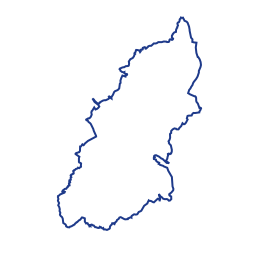 outline of Ponoarele, Mehedinti, Romania, rotated 255°
{"feature_id": "2599482B4179023140434", "entity_name": "Ponoarele", "entity_type": "district", "adm_level": 2, "iso_a3": "ROU", "parent_name": "Romania", "parent_adm1": "Mehedinti", "projection": "orthographic", "projection_center": [22.761, 44.974], "detail": "fine", "context": "isolated", "style": "outline", "palette": "blue", "viewbox_px": 256, "rotation_deg": 255, "n_neighbors": 0, "source": "geoboundaries", "source_scale": "gbopen_adm2", "svg_char_len": 5751}
<svg xmlns="http://www.w3.org/2000/svg" viewBox="0 0 256 256"><g transform="rotate(255 128 128)"><path d="M219.5,206.0L218.2,205.6L217.0,204.5L217.0,203.7L216.4,202.9L215.9,202.7L214.0,202.8L213.2,201.9L212.1,201.5L211.9,201.0L210.3,199.8L208.4,199.2L208.4,197.6L208.2,197.2L207.2,195.6L206.7,195.4L206.0,194.4L204.0,193.8L202.7,194.7L202.0,194.3L201.7,193.3L202.7,191.9L202.8,191.5L202.4,190.9L200.8,190.1L200.6,189.4L200.9,187.9L201.5,187.4L202.3,184.9L202.2,182.8L203.1,179.5L202.5,177.8L202.5,176.6L203.0,174.8L201.4,171.8L201.8,170.2L201.7,168.8L201.1,168.2L201.0,167.6L200.6,167.2L200.0,165.9L200.1,165.5L201.5,165.4L201.8,164.9L201.6,163.1L200.5,162.8L200.0,162.3L200.4,161.3L200.3,160.6L200.1,160.1L199.8,160.0L199.5,160.0L199.5,160.4L199.0,160.3L198.2,159.3L199.8,159.0L200.7,157.7L201.3,156.1L201.1,155.8L199.6,155.1L198.6,153.6L198.3,153.5L197.6,154.0L197.0,153.1L195.7,152.3L194.4,150.7L193.8,148.0L192.0,146.0L190.1,145.8L188.1,144.9L187.9,144.4L188.0,143.1L188.3,142.1L187.7,139.8L187.9,139.3L187.9,138.0L187.5,135.5L187.1,135.1L186.5,135.5L185.3,135.5L183.6,136.8L183.1,137.9L182.8,138.2L182.9,138.8L182.3,138.5L181.8,138.8L180.5,140.4L180.4,140.9L180.0,141.0L179.4,140.5L179.2,139.7L179.3,139.1L178.4,138.8L180.1,136.2L178.1,134.5L175.8,133.0L173.5,132.5L172.9,131.6L168.6,129.8L167.8,128.8L167.3,127.7L166.9,124.9L166.3,123.9L164.0,122.1L162.0,119.9L160.7,119.7L161.6,118.9L162.7,118.8L163.4,118.0L163.1,117.5L162.1,117.8L161.6,117.5L161.1,116.5L160.6,113.6L160.9,112.6L161.0,111.1L160.5,109.0L160.1,108.1L160.1,107.4L159.7,106.9L159.4,106.9L159.1,106.3L159.3,105.5L160.3,104.4L162.9,102.8L164.3,102.4L165.7,101.3L161.7,102.5L157.9,105.4L156.1,105.8L155.1,104.4L154.5,103.0L154.3,101.4L156.6,100.7L154.0,98.0L153.7,97.3L152.5,96.6L150.3,96.4L148.4,94.9L147.4,93.3L147.6,92.1L147.0,89.8L146.8,89.7L146.1,90.0L145.8,91.0L144.1,91.4L142.4,92.7L141.5,93.1L136.0,94.2L134.2,94.2L128.8,95.1L128.0,95.0L125.9,86.0L124.2,82.4L123.0,80.9L122.9,80.5L124.0,79.7L122.7,78.2L122.2,77.4L122.4,76.9L118.3,75.7L117.3,74.6L117.4,73.8L117.1,72.7L117.3,71.7L116.8,70.7L116.4,70.6L112.8,73.6L111.6,72.8L107.9,71.8L107.3,72.0L106.4,73.2L105.9,73.5L104.0,72.8L102.8,72.6L102.5,72.2L102.2,70.8L101.9,70.5L102.5,69.5L102.2,69.4L102.0,68.4L101.9,66.9L101.3,66.1L101.3,65.2L100.3,64.4L100.7,64.1L100.6,63.9L98.5,63.9L98.1,63.7L97.9,63.2L98.0,62.5L97.5,61.3L97.6,61.1L97.2,60.5L96.8,60.8L96.2,60.3L95.3,60.2L95.1,60.4L94.6,59.6L92.9,59.4L92.7,57.9L91.9,57.5L91.4,58.1L90.5,58.1L90.0,57.3L90.0,56.7L89.1,56.4L88.2,56.8L87.7,56.7L87.7,56.4L87.9,56.1L86.8,54.8L87.1,54.6L85.3,52.7L85.5,52.1L85.5,51.2L84.5,48.8L83.6,48.1L82.5,49.8L82.8,50.4L82.7,50.5L82.0,49.9L81.4,45.2L80.7,44.1L80.4,42.9L80.1,42.9L79.5,42.4L77.4,42.4L76.3,41.6L75.7,41.5L73.3,42.0L71.4,40.6L69.6,41.1L67.3,41.1L65.5,40.4L63.7,40.7L61.8,39.8L60.5,40.2L59.0,41.2L57.4,41.5L53.0,40.9L51.1,42.6L49.9,43.0L49.0,42.8L47.8,44.0L47.2,45.7L47.7,46.4L47.7,48.1L48.3,49.8L48.2,50.2L48.5,50.5L48.6,51.4L49.4,52.2L49.9,53.5L50.3,53.9L50.2,54.5L51.5,56.7L51.8,58.1L53.4,60.2L53.2,60.4L53.3,61.0L51.9,62.9L48.7,62.1L46.7,62.8L46.9,63.3L46.5,64.3L45.1,64.6L44.3,65.2L43.0,65.3L43.2,66.1L42.9,66.4L43.3,66.5L44.2,66.1L44.2,66.4L43.9,66.9L44.1,67.8L44.0,68.1L43.1,68.7L42.8,69.6L40.7,70.6L40.6,71.2L39.5,72.7L39.1,73.5L39.0,74.7L39.6,74.8L39.9,75.2L39.3,75.6L39.3,76.1L37.6,77.3L37.4,77.8L37.6,78.2L36.4,78.3L36.2,78.5L36.0,79.7L35.0,81.3L35.3,83.3L35.7,84.4L37.4,85.1L38.3,86.0L39.0,87.4L40.1,88.1L39.9,88.8L39.4,89.3L39.8,89.3L39.8,89.7L39.0,90.3L40.1,91.2L40.8,92.7L42.0,93.6L42.6,95.4L43.7,96.5L43.8,97.7L43.6,98.1L41.1,100.7L40.5,101.6L40.1,103.8L40.3,104.0L40.1,104.4L40.8,105.0L40.7,105.5L41.0,106.7L41.0,107.5L40.5,108.1L41.4,108.3L42.1,108.8L43.0,111.2L43.0,111.7L42.3,113.2L42.3,114.7L44.1,116.6L44.4,118.8L44.7,119.5L48.7,123.5L50.1,127.2L50.7,127.5L52.7,129.3L52.1,129.7L51.9,130.6L51.4,131.5L49.9,133.0L49.5,133.8L52.0,138.4L51.7,139.2L50.7,139.8L49.9,139.7L49.8,139.9L50.9,140.6L53.0,140.8L54.7,140.5L56.2,140.8L53.7,141.6L52.0,143.0L50.9,143.4L50.3,144.1L49.7,145.2L49.3,147.1L48.8,147.8L47.2,148.7L47.1,149.7L48.1,151.4L50.7,152.0L51.8,150.8L52.7,150.5L53.0,151.0L53.6,151.0L54.4,153.1L56.1,155.5L57.4,156.1L60.0,155.9L69.3,157.7L76.4,155.8L79.4,155.6L81.5,152.8L82.4,152.1L84.1,149.4L84.7,149.2L85.4,148.3L86.4,149.1L87.6,147.6L89.0,146.7L90.2,146.8L91.3,145.0L92.5,145.2L93.0,145.5L92.9,146.3L93.5,146.3L93.7,145.8L94.3,146.1L94.5,146.6L94.3,146.8L94.5,147.2L94.5,148.0L92.3,150.6L89.9,152.3L89.2,153.4L84.3,156.3L83.5,158.4L83.1,158.8L85.9,156.6L86.6,156.3L88.2,158.0L90.0,158.8L90.9,159.5L92.6,159.8L92.7,160.5L92.0,160.8L92.4,162.3L92.0,162.5L92.2,163.0L93.7,164.1L95.6,164.7L100.2,164.9L101.5,164.1L102.9,163.6L103.6,163.9L104.7,163.7L105.9,165.1L106.7,165.6L107.8,166.2L111.2,167.0L111.6,167.3L112.0,168.4L113.9,168.9L115.1,170.8L115.6,172.7L114.8,174.3L114.2,174.5L113.6,176.2L113.7,176.6L114.6,177.4L116.1,179.9L118.5,181.9L117.3,182.7L117.1,183.7L118.1,185.3L120.8,187.8L122.0,187.3L124.2,188.6L124.3,189.4L123.6,192.7L125.1,194.0L125.6,195.1L125.1,196.8L124.6,200.9L125.4,201.2L126.4,202.4L127.4,203.0L127.8,203.6L128.5,203.6L129.0,203.0L128.9,202.2L133.6,201.8L135.3,201.0L136.5,200.9L139.5,201.6L140.6,201.5L141.3,201.0L141.3,200.6L144.4,196.7L146.1,195.1L149.0,197.0L150.0,198.5L151.4,199.7L152.8,201.4L154.4,202.4L155.5,203.5L157.8,206.6L159.7,208.5L163.2,210.8L164.8,211.2L168.1,213.8L170.0,214.8L172.9,215.2L175.7,215.0L178.3,214.2L178.5,213.7L182.8,213.5L188.2,214.3L192.7,216.2L193.6,213.9L194.5,212.4L196.9,213.2L197.3,213.1L198.6,212.4L199.2,212.3L206.1,212.7L206.7,212.9L210.1,213.2L214.3,212.8L215.6,212.1L217.0,210.3L218.7,210.1L219.3,209.7L220.3,209.7L220.5,208.5L221.0,207.7L220.0,207.1L219.9,206.5L219.5,206.0Z" fill="none" stroke="#1e3a8a" stroke-width="2"/></g></svg>